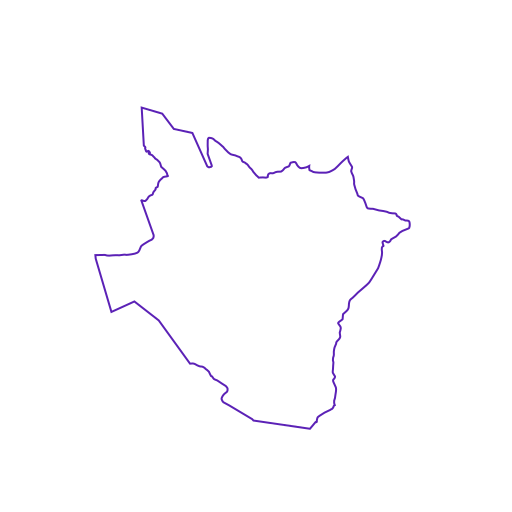 the district of Texiguat, El Paraíso, Honduras, rotated 248°
{"feature_id": "27666195B35644327877667", "entity_name": "Texiguat", "entity_type": "district", "adm_level": 2, "iso_a3": "HND", "parent_name": "Honduras", "parent_adm1": "El Paraíso", "projection": "orthographic", "projection_center": [-87.038, 13.663], "detail": "fine", "context": "isolated", "style": "outline", "palette": "violet", "viewbox_px": 512, "rotation_deg": 248, "n_neighbors": 0, "source": "geoboundaries", "source_scale": "gbopen_adm2", "svg_char_len": 6127}
<svg xmlns="http://www.w3.org/2000/svg" viewBox="0 0 512 512"><g transform="rotate(248 256 256)"><path d="M313.5,378.3L313.0,376.4L311.4,371.9L310.4,369.4L308.6,365.3L307.2,361.7L306.8,359.3L306.6,357.2L306.5,355.3L306.7,353.9L306.9,352.7L307.2,351.7L309.5,346.0L311.3,342.4L312.3,340.8L312.8,340.3L313.8,339.5L315.5,337.8L316.7,338.0L318.7,338.6L319.6,339.1L319.4,337.4L319.4,335.7L319.8,333.2L320.4,330.9L321.3,329.7L322.7,328.9L323.8,328.5L325.4,328.1L326.3,328.1L327.7,327.8L328.4,327.4L329.1,325.9L329.5,323.0L328.9,322.3L327.3,320.8L326.8,319.8L326.9,318.0L326.9,316.1L326.6,315.2L325.6,313.4L325.2,312.3L324.9,310.8L325.4,309.3L326.1,307.5L326.4,305.6L326.3,303.5L326.4,302.5L327.5,300.2L327.5,299.1L327.2,298.1L326.3,297.2L325.0,296.6L324.8,296.4L324.8,295.6L324.9,294.6L326.3,291.8L327.2,289.3L327.6,287.9L329.3,287.2L330.6,286.5L335.1,285.0L337.0,284.7L338.6,284.2L339.5,283.7L340.7,283.2L341.8,282.9L343.2,282.6L344.2,282.2L345.2,281.7L345.5,281.3L346.3,281.0L347.1,280.4L348.3,279.1L348.6,279.0L349.0,278.8L351.0,278.8L352.0,278.7L353.3,278.2L354.2,277.5L355.5,276.0L357.0,274.5L358.9,271.8L359.9,270.6L362.4,269.1L366.2,267.5L367.2,267.1L369.6,266.4L370.2,266.0L371.9,265.2L374.8,263.7L376.9,262.3L377.9,261.5L380.5,260.3L381.5,259.4L382.3,258.4L383.2,256.7L383.1,256.1L382.7,255.5L381.4,254.6L377.6,253.0L375.8,252.3L373.0,251.4L368.8,249.4L356.8,248.9L355.9,248.7L355.5,247.9L355.8,245.7L356.2,245.2L357.4,244.4L393.9,243.1L404.6,227.4L423.1,222.4L436.4,205.6L400.5,193.4L400.2,193.4L398.9,194.0L398.4,194.1L397.9,194.0L397.5,193.6L397.3,193.5L396.5,193.4L395.6,193.5L395.0,193.3L394.1,193.4L393.8,193.6L393.6,193.8L393.5,194.4L393.8,194.9L393.8,195.3L393.7,195.7L393.4,195.9L392.1,196.3L391.4,196.3L391.2,196.2L391.3,195.8L391.6,195.6L391.6,195.3L391.2,195.0L390.9,195.0L390.1,195.5L389.1,196.8L388.2,197.6L386.8,198.1L385.0,198.9L384.7,198.9L384.4,198.9L383.6,199.4L382.2,200.4L379.1,201.7L378.3,201.8L377.2,201.8L374.2,201.5L370.6,203.3L369.6,203.7L369.1,204.0L366.1,204.4L365.1,204.3L364.1,204.1L363.7,204.2L363.4,204.3L363.2,204.3L363.1,204.1L363.3,202.8L363.7,201.2L363.9,199.7L363.7,199.0L363.1,197.7L362.6,196.2L362.0,195.0L361.3,193.8L360.4,192.9L359.4,192.2L357.8,191.3L357.0,190.7L356.9,190.3L356.8,189.0L356.6,188.5L356.2,188.2L355.7,188.0L355.5,187.9L355.0,187.3L354.4,186.1L353.7,184.9L353.0,184.2L351.9,183.3L351.7,182.9L351.6,182.4L351.7,181.5L351.7,180.8L351.5,179.8L351.3,179.0L351.0,178.4L349.5,176.4L348.5,174.1L348.6,173.5L348.9,172.9L349.8,171.6L350.4,171.1L350.5,170.8L350.4,170.5L313.7,168.9L312.6,168.5L311.7,167.9L311.1,167.4L310.6,166.3L310.2,165.4L310.1,162.9L309.7,160.2L309.0,156.2L308.5,154.2L308.2,153.4L307.8,152.8L304.8,149.8L303.9,148.5L303.7,148.0L303.5,146.9L303.6,144.5L304.2,141.3L305.0,138.1L305.6,136.2L306.4,134.9L306.6,134.4L307.9,129.4L308.8,127.5L309.6,125.4L310.4,123.1L311.3,120.1L312.3,118.0L313.6,116.3L317.0,107.4L313.6,106.4L258.3,101.0L259.4,126.2L232.7,141.7L180.9,154.5L180.1,157.0L179.5,158.0L178.6,159.0L176.6,160.6L175.1,162.1L174.5,162.9L174.0,163.9L173.7,164.5L173.0,165.3L172.4,165.8L171.4,166.5L170.1,167.0L168.7,167.9L166.8,168.8L166.3,169.0L164.0,169.1L161.9,169.3L161.5,169.4L161.0,170.0L160.5,170.2L158.8,170.6L157.8,170.9L156.8,171.7L155.3,173.3L153.6,174.5L150.5,176.6L147.3,178.9L146.7,179.3L145.9,179.6L144.7,179.9L144.0,180.0L143.6,179.9L142.3,179.4L141.2,178.5L140.9,178.0L140.0,175.0L139.5,174.0L139.0,173.1L138.4,172.3L137.5,171.3L136.9,170.8L136.2,170.5L134.9,170.5L133.8,170.6L132.6,171.0L127.5,175.2L106.1,191.4L104.4,192.0L75.6,241.3L79.7,249.0L79.5,249.3L79.4,249.6L79.3,249.8L79.4,250.1L79.6,250.3L80.8,250.8L82.4,251.9L83.2,252.6L83.6,253.4L84.1,255.4L85.1,260.9L85.5,267.2L85.7,267.9L85.7,269.0L86.1,270.0L86.7,270.9L87.9,272.0L88.1,272.4L88.2,273.2L89.2,273.2L90.4,273.4L91.2,273.7L92.6,274.3L94.7,276.0L97.8,277.8L100.3,279.3L102.1,280.2L103.6,280.7L104.6,280.8L109.6,280.6L110.5,280.6L111.3,280.7L112.0,281.0L112.4,281.3L112.6,281.7L112.9,282.4L113.3,283.0L113.8,283.6L114.6,284.1L115.1,284.1L116.7,283.8L118.9,283.5L119.4,283.6L120.2,283.9L122.3,285.0L125.7,286.6L128.1,287.8L128.8,288.0L130.3,288.2L131.7,288.8L133.1,289.6L134.1,290.5L134.6,290.8L135.5,291.3L137.1,291.9L138.3,292.4L140.4,293.6L141.8,294.6L144.6,297.4L145.7,298.0L146.1,298.4L146.7,299.4L147.5,301.2L148.2,302.5L148.8,303.2L149.5,303.8L150.3,304.1L152.4,304.6L153.7,305.0L154.1,305.3L155.1,306.1L156.4,307.0L157.2,307.5L157.9,307.7L158.4,307.8L159.0,307.8L162.5,307.0L162.9,307.0L163.2,307.2L163.5,307.6L163.9,308.6L164.5,311.2L164.9,312.5L165.3,312.8L168.5,314.4L169.5,315.0L170.9,318.9L171.6,320.5L172.3,321.5L173.0,322.2L173.9,322.8L175.0,323.4L176.9,324.3L178.5,325.3L179.3,326.0L179.9,326.7L180.4,327.7L181.1,330.0L182.3,333.0L183.9,336.7L187.8,348.1L188.8,350.5L189.3,351.4L191.3,354.3L198.9,364.6L201.0,366.5L203.6,368.7L205.6,370.3L207.6,371.7L209.6,373.0L211.4,373.9L212.3,374.3L214.8,375.0L216.5,375.8L216.9,376.2L217.4,376.9L217.6,377.3L217.5,377.8L217.7,378.0L220.7,378.3L221.4,378.5L221.6,378.7L221.9,379.3L222.0,379.9L222.0,380.4L221.8,380.9L221.5,381.3L220.4,382.1L219.6,382.9L219.1,383.6L219.0,384.3L219.2,385.1L219.6,386.0L220.0,386.6L220.6,387.2L220.8,387.5L221.1,389.2L221.5,392.3L221.6,393.1L222.7,395.7L223.6,397.3L223.8,397.7L224.4,401.1L224.4,407.6L224.5,408.2L224.7,408.6L226.2,409.7L228.0,410.5L229.5,410.9L230.3,411.0L230.9,410.9L231.5,410.5L232.0,409.8L232.5,408.9L232.9,407.9L233.2,407.5L234.2,406.6L234.8,406.0L235.1,405.6L235.3,404.9L235.5,404.6L238.9,403.0L239.4,402.6L240.1,401.9L240.5,401.7L240.9,401.6L241.5,401.8L241.8,401.8L242.6,401.6L243.0,401.3L243.5,400.7L244.3,398.8L245.8,396.2L246.4,395.4L247.7,394.2L248.3,393.4L250.0,390.9L252.2,387.1L255.9,382.2L257.0,379.7L257.9,378.1L258.3,377.5L258.9,377.2L259.6,377.0L260.6,377.0L263.7,377.2L267.1,377.2L268.4,377.1L269.3,376.9L269.8,376.6L272.2,374.3L272.8,373.8L273.7,373.2L274.5,373.1L275.8,373.3L280.7,373.3L285.3,373.8L286.2,374.0L288.0,374.8L289.3,375.2L292.9,376.0L294.2,376.1L296.8,375.9L298.9,376.0L299.3,376.2L299.8,376.5L301.7,378.1L302.5,378.4L303.0,378.4L307.0,377.7L308.8,377.5L311.0,377.8L313.5,378.3Z" fill="none" stroke="#5b21b6" stroke-width="2"/></g></svg>